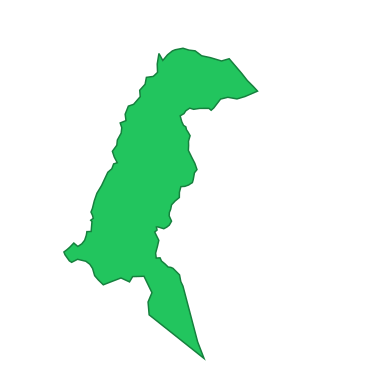 Kato Platres, Limassol, Cyprus (Robinson projection), rotated 127°
{"feature_id": "46923920B17078755342050", "entity_name": "Kato Platres", "entity_type": "district", "adm_level": 2, "iso_a3": "CYP", "parent_name": "Cyprus", "parent_adm1": "Limassol", "projection": "robinson", "projection_center": [32.832, 34.888], "detail": "fine", "context": "isolated", "style": "filled", "palette": "green", "viewbox_px": 384, "rotation_deg": 127, "n_neighbors": 0, "source": "geoboundaries", "source_scale": "gbopen_adm2", "svg_char_len": 1843}
<svg xmlns="http://www.w3.org/2000/svg" viewBox="0 0 384 384"><g transform="rotate(127 192 192)"><path d="M317.7,82.2L308.3,97.3L272.6,142.6L270.3,147.0L265.7,152.1L264.4,161.2L264.9,163.5L266.3,165.9L265.7,170.2L265.5,174.8L263.8,177.9L266.3,180.8L262.7,184.3L256.2,186.9L250.6,189.4L248.5,193.6L246.4,197.7L243.4,197.0L241.4,199.4L240.5,198.5L238.3,192.4L235.2,191.0L232.1,190.2L227.6,190.8L224.8,195.9L221.9,197.8L218.8,198.6L214.5,200.6L209.5,200.1L204.0,198.8L199.8,201.9L194.4,204.1L191.8,201.1L188.4,198.9L184.2,197.4L181.3,198.5L175.2,201.6L171.1,201.5L167.4,207.0L164.5,213.0L161.0,219.9L156.9,222.7L153.5,225.4L148.2,227.4L146.5,231.3L145.6,233.9L143.7,236.1L143.9,238.9L142.0,242.5L138.3,247.3L134.3,245.6L130.8,245.8L126.4,244.3L125.0,240.5L120.7,236.3L115.0,228.8L115.2,225.9L111.8,225.2L100.6,225.1L94.8,220.4L90.6,212.1L83.8,207.1L72.0,200.4L70.9,206.3L69.7,214.9L67.4,223.5L63.2,242.5L69.6,247.3L73.6,258.1L77.4,266.3L77.4,274.5L80.5,279.8L82.6,285.7L88.5,291.0L91.2,292.6L97.1,294.1L104.5,294.5L101.3,301.7L101.2,301.8L110.7,296.8L117.2,291.5L123.0,292.5L127.9,297.4L134.2,294.3L142.2,295.0L147.0,290.7L157.1,291.4L161.7,294.5L170.1,292.2L174.7,287.7L180.1,290.9L182.9,286.8L187.6,284.0L195.4,282.9L199.9,280.2L207.4,280.1L210.8,275.2L213.6,269.3L216.7,271.5L221.7,270.0L226.9,271.1L241.2,268.1L250.2,267.2L257.9,264.7L265.2,261.6L268.8,260.6L270.6,257.3L272.5,255.0L275.5,255.9L275.8,254.1L280.9,250.9L284.2,248.8L286.9,252.1L290.1,250.4L295.1,248.7L299.7,248.8L304.2,250.4L303.9,255.7L309.7,256.4L313.5,257.2L317.0,258.2L317.9,256.7L318.6,255.5L320.8,248.5L320.6,245.8L314.6,242.9L311.2,235.1L311.2,230.1L312.9,225.4L317.4,219.4L318.6,213.9L319.5,207.0L313.5,203.3L303.4,197.0L301.4,187.8L295.3,188.5L288.2,179.6L296.5,163.4L306.3,160.9L315.9,152.3L317.7,82.2Z" fill="#22c55e" stroke="#15803d" stroke-width="1.5"/></g></svg>